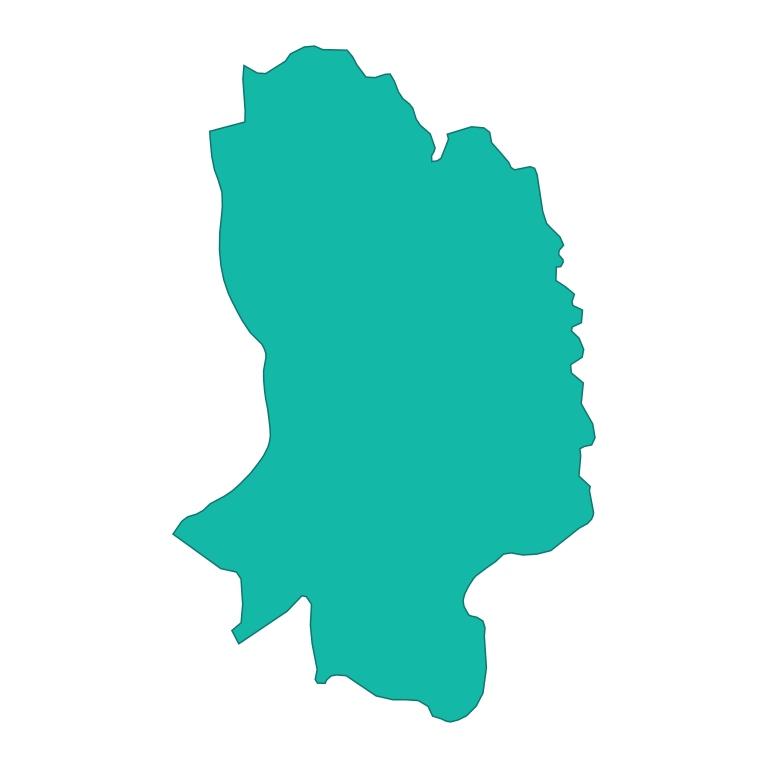 the district of Nuevo Berlín, Río Negro, Uruguay
{"feature_id": "84410073B28261927215245", "entity_name": "Nuevo Berlín", "entity_type": "district", "adm_level": 2, "iso_a3": "URY", "parent_name": "Uruguay", "parent_adm1": "Río Negro", "projection": "equal_earth", "projection_center": [-58.007, -32.972], "detail": "fine", "context": "isolated", "style": "filled", "palette": "teal", "viewbox_px": 768, "rotation_deg": 0, "n_neighbors": 0, "source": "geoboundaries", "source_scale": "gbopen_adm2", "svg_char_len": 2573}
<svg xmlns="http://www.w3.org/2000/svg" viewBox="0 0 768 768"><path d="M209.8,131.3L210.1,137.8L211.8,156.4L214.5,169.8L218.1,179.5L222.0,192.4L222.4,206.1L221.9,212.3L220.8,223.1L220.2,228.7L219.7,233.9L219.5,250.4L221.0,265.9L223.8,279.7L225.7,285.5L228.4,293.4L231.8,300.8L238.2,313.2L242.2,320.5L245.6,325.6L250.1,332.4L261.9,344.2L263.9,347.9L265.8,353.2L266.0,357.4L264.4,366.1L263.6,370.9L263.6,376.9L263.9,382.3L264.6,390.6L265.7,398.8L267.6,408.4L268.9,418.4L270.0,427.9L270.4,435.7L269.5,441.7L268.0,447.0L264.1,454.8L262.8,456.9L261.5,458.9L256.3,465.9L250.1,473.7L240.3,483.7L232.3,490.9L224.2,496.3L219.5,498.8L210.2,503.8L203.4,510.3L196.5,514.2L192.0,515.5L190.1,516.1L187.8,516.8L184.5,519.2L181.5,521.7L176.7,528.7L173.0,534.1L220.8,568.6L236.5,572.1L241.0,578.9L242.7,604.5L241.1,622.8L231.9,630.5L238.8,643.8L287.0,611.3L301.9,595.8L306.3,596.6L311.5,604.3L310.4,625.2L312.2,643.8L317.2,669.6L315.2,679.5L317.5,683.1L325.2,683.3L325.8,681.7L326.8,679.8L328.0,678.7L331.0,676.0L336.2,674.9L346.2,675.7L361.4,686.0L376.1,695.9L392.9,699.7L405.5,699.7L418.4,700.6L428.1,706.4L432.6,716.1L441.5,718.9L446.1,721.1L450.4,721.9L458.2,719.9L466.5,715.8L476.2,706.1L483.0,693.0L486.4,667.9L484.3,636.0L484.5,633.8L485.0,628.0L483.0,621.1L476.9,617.3L471.4,616.1L468.7,615.0L464.1,606.7L463.5,603.5L463.1,600.3L464.8,593.7L468.8,585.8L473.5,578.6L476.0,575.8L486.9,567.6L495.4,561.7L503.5,554.1L511.1,552.9L523.0,555.0L536.9,554.1L550.8,550.6L576.8,530.0L578.9,528.3L587.5,523.5L591.5,519.3L593.0,515.9L593.6,512.8L589.4,490.6L590.2,486.5L578.9,476.0L580.7,455.8L579.9,448.7L584.4,446.4L591.7,444.9L595.0,437.7L592.7,423.9L581.2,403.7L583.3,382.9L571.3,372.9L570.6,364.7L582.2,357.2L583.7,349.5L579.1,338.3L571.4,330.8L572.3,326.9L581.4,322.7L582.5,310.1L572.8,305.5L572.0,301.6L574.4,294.3L565.6,286.9L555.9,280.5L556.3,267.1L560.8,266.6L563.1,262.4L563.0,259.7L558.7,254.6L559.1,250.4L563.6,245.2L560.0,237.0L550.6,227.7L546.5,223.3L542.7,211.3L537.1,174.6L534.6,168.3L530.2,166.7L514.6,169.8L511.0,167.5L508.8,162.5L501.2,153.5L491.6,142.7L489.7,132.3L483.9,127.9L471.5,126.8L447.3,134.2L448.5,139.2L444.9,148.6L440.9,158.4L437.0,160.9L431.9,161.5L431.5,156.1L434.2,151.2L435.1,147.9L430.2,133.9L420.2,125.2L416.2,119.2L412.7,108.1L409.4,104.0L402.8,98.6L398.5,92.0L394.3,81.1L390.1,74.0L385.3,74.3L375.2,77.6L366.0,77.1L356.9,64.9L352.5,56.7L347.1,50.2L322.6,49.6L314.6,46.1L304.3,47.0L290.4,53.9L285.4,61.2L265.7,73.6L257.4,73.1L244.0,65.5L242.9,79.0L245.2,111.0L244.9,122.0L228.2,126.4L209.8,131.3Z" fill="#14b8a6" stroke="#0f766e" stroke-width="1.5"/></svg>